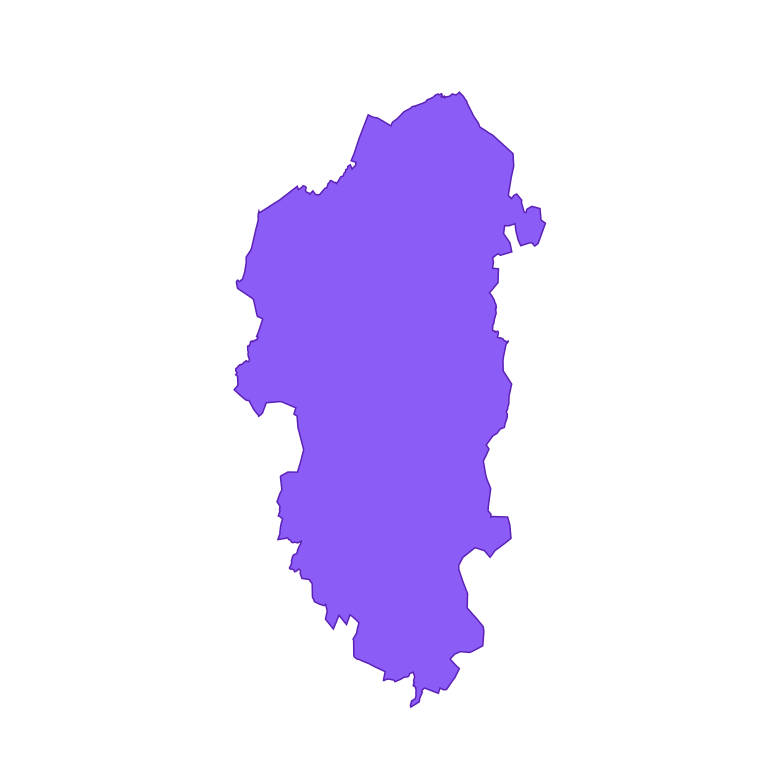 Istras pag., Ludzas, Latvia (Natural Earth projection), rotated 287°
{"feature_id": "27541924B50574350244581", "entity_name": "Istras pag.", "entity_type": "district", "adm_level": 2, "iso_a3": "LVA", "parent_name": "Latvia", "parent_adm1": "Ludzas", "projection": "natural_earth1", "projection_center": [27.965, 56.246], "detail": "fine", "context": "isolated", "style": "filled", "palette": "violet", "viewbox_px": 768, "rotation_deg": 287, "n_neighbors": 0, "source": "geoboundaries", "source_scale": "gbopen_adm2", "svg_char_len": 6125}
<svg xmlns="http://www.w3.org/2000/svg" viewBox="0 0 768 768"><g transform="rotate(287 384 384)"><path d="M512.7,213.9L509.6,214.1L507.8,214.5L504.2,215.8L493.8,216.3L475.5,217.6L472.9,217.4L465.2,215.1L464.6,215.2L460.0,216.7L450.9,218.0L448.0,218.1L442.6,218.0L441.6,216.9L439.8,216.1L439.7,215.7L440.6,213.8L439.1,213.0L437.8,213.2L433.2,215.7L432.5,216.4L427.8,231.8L426.8,234.4L412.7,242.4L411.7,243.2L411.5,243.5L411.5,245.1L410.7,249.0L395.9,248.7L394.1,248.4L393.5,248.6L392.4,248.1L392.1,248.4L392.2,249.1L392.0,249.8L391.6,249.8L390.5,249.4L389.5,249.7L389.0,249.4L388.8,248.7L388.2,248.2L388.1,247.7L387.5,247.4L387.5,247.1L386.6,246.7L386.1,246.2L386.1,245.9L386.7,245.3L386.1,244.9L385.9,244.3L384.8,243.9L384.4,244.2L383.7,244.3L381.9,243.9L380.9,244.1L380.7,243.7L380.6,242.7L380.1,242.6L376.1,244.0L374.6,245.1L373.3,245.0L370.8,246.1L368.6,247.8L367.0,248.3L366.0,248.1L365.6,247.7L365.6,246.7L366.0,245.8L365.9,245.3L364.4,244.5L364.0,243.8L361.6,242.7L360.6,241.6L360.8,241.3L360.3,240.6L358.7,239.5L356.4,238.8L355.9,238.0L355.2,237.8L353.4,238.3L352.8,238.9L351.9,240.3L351.4,240.3L349.5,239.4L348.6,241.5L348.3,241.8L340.5,244.5L339.9,244.6L334.7,242.4L331.5,249.0L329.0,254.8L328.2,257.2L328.7,259.7L321.4,267.1L318.4,271.4L317.9,272.4L316.5,273.6L318.3,275.0L320.8,276.3L331.6,276.9L336.8,289.7L337.0,291.8L336.9,293.0L335.4,306.7L328.8,306.7L328.0,310.2L317.1,314.5L297.7,326.4L284.8,327.0L274.4,327.0L271.7,317.8L265.8,312.1L264.9,312.1L253.4,317.1L250.7,317.0L249.2,316.5L240.1,316.1L236.6,320.3L233.0,320.9L232.6,321.6L226.9,321.5L226.7,323.4L225.2,326.5L221.2,326.4L217.8,326.7L212.2,327.7L210.6,328.2L204.2,328.0L207.7,335.2L207.7,335.3L208.3,335.8L208.4,336.3L208.5,337.2L207.4,338.2L207.2,340.3L205.9,341.6L205.6,342.8L205.8,343.7L206.6,344.8L206.8,348.0L209.4,350.9L206.6,351.1L205.0,350.5L199.6,349.9L197.7,350.3L195.6,349.5L195.2,348.6L194.0,347.4L192.0,347.0L187.8,347.2L186.2,347.9L184.1,348.0L182.0,347.7L181.1,347.3L180.2,347.5L179.6,348.8L180.1,349.7L179.9,351.8L179.3,352.6L178.3,353.5L179.8,355.3L181.0,355.8L182.1,356.7L181.3,358.7L178.4,359.2L174.1,362.3L175.2,370.1L173.7,371.1L173.2,372.5L171.7,373.8L159.2,377.9L158.7,378.3L157.5,379.7L155.5,381.1L154.6,386.8L154.5,391.4L156.2,392.6L150.2,396.1L142.0,396.8L134.9,407.2L149.6,408.6L143.0,418.5L153.2,418.9L152.5,421.5L150.1,426.6L148.2,429.9L141.8,430.1L138.2,430.7L130.9,429.0L130.0,429.9L115.5,434.5L114.3,435.3L113.1,438.5L113.3,440.7L112.6,445.8L112.2,451.1L110.8,458.3L109.3,469.2L100.4,470.1L100.3,470.6L101.4,471.6L103.2,474.4L103.7,480.3L102.5,481.5L106.6,486.4L107.6,487.2L109.5,489.1L111.0,492.4L112.0,493.1L114.6,493.2L116.9,496.2L113.1,498.9L108.7,499.1L107.8,499.5L107.7,500.1L107.0,500.5L105.5,499.8L104.9,500.4L104.0,500.2L103.8,500.6L104.1,501.8L103.5,502.0L102.8,503.3L102.2,503.1L101.6,503.8L100.9,503.9L99.7,504.6L99.0,504.5L95.0,505.8L93.3,505.9L91.7,505.5L89.1,503.1L84.3,503.2L82.9,504.1L90.3,510.6L93.8,510.1L100.3,510.8L101.7,509.5L105.1,511.7L104.1,526.4L109.6,526.5L109.0,530.3L109.9,532.8L111.0,533.4L122.2,536.9L123.2,537.5L133.9,539.3L135.4,536.0L140.3,527.6L146.4,530.6L150.5,535.5L152.3,544.4L154.6,547.1L162.6,555.0L176.3,551.9L180.9,549.9L187.5,540.0L189.5,536.5L194.2,529.0L208.0,525.2L218.1,517.2L228.5,509.8L232.5,508.5L241.2,510.1L254.1,518.9L254.0,528.7L249.3,536.1L257.2,538.9L266.8,546.0L273.5,550.6L286.1,545.5L292.9,541.1L289.0,526.5L288.0,525.1L290.6,524.4L293.4,520.5L297.8,519.5L315.2,516.6L323.5,509.9L326.9,507.8L339.4,501.5L346.6,502.7L352.5,503.4L355.6,499.6L366.3,503.3L369.9,506.5L374.8,508.2L377.7,511.8L381.4,511.4L387.7,511.6L391.3,510.7L392.7,509.4L393.6,509.0L395.8,509.6L398.1,509.1L401.3,509.2L409.2,507.1L421.3,506.1L431.1,494.5L432.2,493.9L441.0,491.0L444.7,490.3L457.6,489.1L460.9,490.4L461.3,490.1L460.0,489.0L460.5,487.9L460.8,486.0L462.0,484.5L462.1,483.1L461.9,482.2L462.2,481.9L461.7,479.9L462.1,478.6L464.0,478.8L466.3,478.5L467.7,477.6L467.7,477.0L466.5,476.0L466.2,475.5L466.2,475.1L466.9,474.9L467.0,474.5L466.8,474.2L467.0,474.0L466.8,472.8L467.2,472.1L472.3,470.8L474.1,471.3L479.5,470.5L480.5,470.8L482.6,470.5L484.1,470.7L486.9,469.5L487.1,469.2L488.7,468.8L488.5,469.1L489.7,469.1L491.5,468.4L492.7,467.8L494.6,466.1L497.1,464.4L497.3,463.8L498.1,463.4L498.3,462.9L499.6,461.7L502.1,458.2L514.2,463.4L527.6,459.8L526.5,453.9L532.4,453.1L536.4,451.0L542.0,454.9L541.1,457.6L547.7,467.6L555.8,463.2L562.8,454.4L570.7,453.1L571.8,457.2L575.6,462.5L568.9,465.4L560.9,470.2L556.2,474.4L561.4,481.7L562.3,484.0L560.0,487.9L563.5,490.3L585.0,491.4L586.7,486.2L597.4,481.9L597.1,473.4L592.9,469.6L589.2,469.6L589.6,467.6L597.5,462.5L600.1,461.9L604.5,455.3L602.2,453.0L598.5,451.7L599.9,449.6L599.9,448.6L600.9,447.7L618.6,445.3L630.2,444.4L642.0,440.0L653.8,415.1L654.7,411.0L656.7,404.7L657.3,402.1L657.8,400.5L661.2,397.9L666.2,391.6L676.1,382.2L676.7,381.6L676.9,381.0L677.8,380.9L678.5,380.6L679.8,378.6L682.3,375.8L685.1,370.7L683.8,370.2L681.5,368.3L681.3,364.5L680.7,364.0L678.4,362.7L677.5,360.8L676.8,360.3L676.6,359.7L676.9,359.4L676.8,359.0L675.4,358.3L675.7,357.8L676.8,357.4L676.2,356.8L676.3,356.3L675.6,356.2L675.2,355.7L675.1,355.4L675.4,354.9L675.8,354.6L677.7,354.9L678.4,354.2L676.8,352.2L677.0,350.7L676.0,349.6L675.3,348.6L673.4,347.7L672.6,347.1L669.7,344.0L668.7,342.4L667.5,341.8L666.3,341.8L663.4,338.4L659.5,333.2L658.5,332.5L658.8,332.0L657.3,329.7L655.3,328.7L652.9,326.1L649.9,323.3L642.2,319.5L636.7,315.5L632.9,315.2L636.4,300.4L636.5,299.4L636.1,297.0L636.0,294.6L636.8,290.2L611.5,288.4L595.8,288.1L587.9,287.3L587.8,292.3L584.5,292.9L583.2,291.9L580.2,290.6L583.8,287.7L581.6,285.8L580.1,286.0L578.8,285.8L577.7,284.8L575.5,285.1L574.4,284.3L570.7,284.0L569.6,282.1L564.9,281.0L561.8,279.9L562.6,278.8L562.1,277.1L562.9,275.3L563.0,273.6L562.8,273.1L561.6,273.0L560.3,272.6L559.1,271.9L555.1,272.0L554.0,270.4L546.1,266.9L545.1,263.3L547.9,259.5L543.8,257.5L544.6,256.5L544.9,253.6L545.4,252.8L546.5,252.3L549.1,252.1L549.5,251.7L549.9,250.8L550.0,249.0L549.8,248.6L547.5,247.5L544.8,245.2L547.7,243.3L529.5,230.4L520.6,222.7L520.5,222.8L511.4,214.9L512.7,213.9Z" fill="#8b5cf6" stroke="#5b21b6" stroke-width="1.5"/></g></svg>